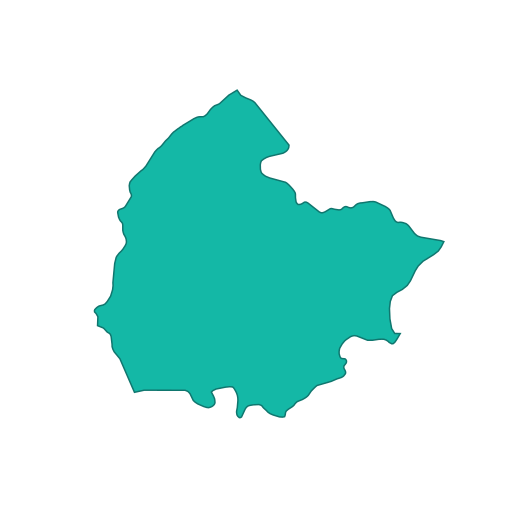 an SVG outline of Phayao, rotated 62°
{"feature_id": "THA-394", "entity_name": "Phayao", "entity_type": "Province", "adm_level": 1, "iso_a3": "THA", "parent_name": "Thailand", "parent_adm1": "", "projection": "robinson", "projection_center": [100.226, 19.268], "detail": "fine", "context": "isolated", "style": "filled", "palette": "teal", "viewbox_px": 512, "rotation_deg": 62, "n_neighbors": 0, "source": "natural_earth", "source_scale": "10m", "svg_char_len": 4424}
<svg xmlns="http://www.w3.org/2000/svg" viewBox="0 0 512 512"><g transform="rotate(62 256 256)"><path d="M331.5,83.4L334.9,88.2L337.2,92.7L338.2,98.6L339.0,110.9L341.0,117.5L343.7,122.2L350.4,131.3L353.0,136.3L354.2,142.5L354.2,148.7L355.1,154.2L359.2,158.8L365.0,162.8L374.4,167.3L383.8,170.3L389.5,169.9L392.2,165.1L395.6,170.6L397.2,173.6L397.5,174.6L397.8,176.0L397.3,177.3L396.0,178.2L394.8,179.0L393.4,179.4L391.4,180.5L389.6,182.1L388.5,184.0L387.2,186.7L385.1,192.6L382.7,197.1L373.8,204.7L372.4,206.7L371.9,208.3L371.6,210.3L372.2,215.9L372.6,217.6L374.1,221.2L376.6,225.2L377.5,226.1L379.4,227.5L381.4,228.5L384.1,229.1L385.4,229.1L386.5,228.7L387.2,227.8L387.9,226.7L388.6,225.7L389.6,225.3L390.9,225.3L392.0,225.8L392.8,226.6L394.4,230.0L395.4,230.7L396.5,231.1L399.0,231.1L400.3,231.3L401.4,231.8L402.1,232.7L403.1,235.0L403.3,236.3L403.3,237.8L402.5,242.2L402.0,248.5L399.0,262.8L399.3,264.5L400.0,267.0L401.2,270.7L403.5,275.1L403.9,276.3L404.2,277.7L404.4,279.3L404.5,282.4L404.0,287.0L404.0,288.5L404.4,289.8L404.8,291.0L405.4,292.1L405.8,293.3L406.1,294.8L406.5,299.5L407.1,302.1L407.8,303.1L408.6,303.8L409.6,304.5L410.5,305.3L411.3,306.2L410.7,308.2L409.1,310.8L404.4,315.5L401.9,317.5L399.9,318.6L398.8,319.0L397.5,319.3L393.9,320.6L392.7,320.9L391.5,321.0L390.0,321.7L388.5,323.2L386.2,328.1L385.3,330.7L384.7,332.9L384.8,334.2L385.1,335.5L385.6,336.6L386.2,337.6L391.3,344.3L391.4,345.5L390.9,346.6L389.0,347.3L387.4,347.4L386.1,347.0L384.8,346.5L383.8,345.9L381.1,343.7L375.1,339.8L372.8,338.7L370.4,337.9L368.0,337.5L366.1,337.4L363.1,337.5L361.7,337.7L360.6,338.2L359.1,340.5L357.5,344.4L354.7,353.7L354.6,357.3L355.2,359.3L359.7,359.3L362.6,359.6L363.8,360.0L366.1,361.0L367.0,361.8L367.6,362.8L368.0,364.1L368.2,365.6L368.1,367.0L367.7,369.0L366.6,370.6L364.4,372.8L359.2,376.9L356.4,378.4L354.1,379.2L346.6,378.9L345.3,379.2L344.1,379.5L343.1,380.1L341.3,381.6L322.0,417.7L319.3,427.3L282.8,424.4L274.0,426.2L270.9,426.1L268.5,425.6L266.3,424.5L259.1,421.7L256.9,421.4L255.6,421.7L253.3,423.1L248.6,424.3L247.6,424.8L243.1,428.6L235.4,424.1L231.7,424.2L229.6,424.8L228.4,424.3L227.6,423.4L227.2,422.2L226.8,420.9L226.6,419.5L226.5,418.1L226.8,416.7L227.5,413.9L227.5,411.8L226.3,408.6L223.2,403.2L218.5,398.5L215.2,396.2L212.3,394.8L196.3,384.3L191.7,380.2L190.9,379.1L189.3,375.6L188.4,372.5L187.5,370.3L185.5,366.7L184.2,364.9L182.8,363.8L180.6,362.9L179.5,362.6L177.5,362.4L174.8,362.5L173.0,362.2L170.9,361.6L166.1,359.1L164.6,358.6L163.4,358.7L161.0,359.3L159.2,359.3L157.1,359.1L153.9,358.1L152.5,357.6L151.8,357.1L151.4,356.5L151.0,355.5L150.9,354.3L151.3,351.7L151.4,350.3L151.2,348.9L150.5,347.4L145.1,338.2L143.8,337.4L142.4,337.1L140.5,337.1L138.2,336.5L134.4,334.9L132.7,333.6L131.5,332.4L130.5,330.1L128.7,325.2L126.7,317.1L126.6,315.6L125.9,313.5L124.9,310.9L116.6,296.5L115.7,294.1L115.1,292.0L115.0,290.5L114.7,289.0L114.3,287.6L111.9,281.9L110.8,277.9L108.7,273.2L107.9,270.7L107.0,265.1L106.9,263.6L106.6,262.1L106.6,260.6L106.3,259.1L105.6,246.3L105.8,243.1L106.1,241.7L106.6,240.4L108.3,237.1L108.3,235.2L107.7,232.5L105.2,227.3L104.3,224.4L103.9,222.0L104.4,217.8L104.3,216.3L101.2,204.4L100.7,194.8L107.0,194.0L111.5,190.9L115.8,187.3L118.1,185.8L120.1,185.0L173.6,174.8L175.6,176.2L176.4,177.1L177.0,178.2L177.5,179.4L177.8,180.8L177.9,182.4L177.9,183.9L174.3,197.5L173.9,200.5L174.0,203.8L174.5,206.6L175.7,208.0L177.5,209.4L181.5,211.4L183.8,212.0L185.6,212.1L187.9,211.2L190.1,210.1L193.5,207.3L204.8,195.3L206.5,194.4L209.0,193.5L214.1,192.2L216.7,191.8L218.7,191.8L219.8,192.1L223.1,193.8L226.9,195.2L228.7,195.2L230.1,194.8L230.7,193.9L231.1,192.9L231.4,191.7L231.4,190.4L231.2,188.0L231.5,187.2L232.0,186.4L232.8,185.8L233.7,185.2L246.9,179.4L248.3,178.3L248.9,177.4L249.2,176.2L249.4,174.9L249.4,173.5L249.1,168.3L249.2,168.0L249.3,167.6L249.7,166.8L251.7,164.6L254.2,161.2L254.6,160.3L254.9,159.2L254.8,158.1L254.4,156.9L254.2,155.7L254.2,154.5L254.5,153.5L255.1,152.7L256.7,151.4L257.4,150.6L258.0,149.8L258.4,148.7L258.6,147.6L258.5,146.4L257.8,144.0L257.6,142.8L257.6,141.4L258.1,139.1L258.9,137.3L261.6,129.6L263.1,126.7L263.8,125.8L264.6,124.9L273.0,118.6L275.5,117.2L277.5,116.4L278.8,116.2L286.9,116.9L290.1,116.7L291.7,116.1L292.8,115.2L293.4,114.2L293.7,113.1L294.4,112.0L295.4,110.7L297.8,108.4L299.6,107.5L301.3,107.0L310.4,105.5L312.6,104.7L314.2,104.0L316.8,101.6L329.1,85.7L331.5,83.4Z" fill="#14b8a6" stroke="#0f766e" stroke-width="1.5"/></g></svg>